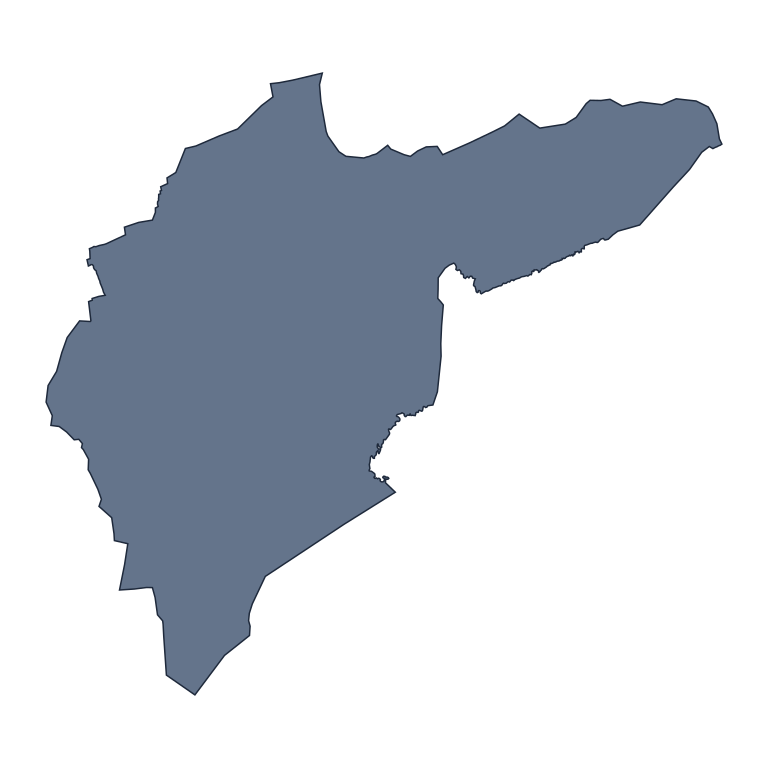 Kiyawa, Jigawa, Nigeria (Equal Earth projection)
{"feature_id": "59680162B95265909286240", "entity_name": "Kiyawa", "entity_type": "district", "adm_level": 2, "iso_a3": "NGA", "parent_name": "Nigeria", "parent_adm1": "Jigawa", "projection": "equal_earth", "projection_center": [9.668, 11.797], "detail": "fine", "context": "isolated", "style": "filled", "palette": "slate", "viewbox_px": 768, "rotation_deg": 0, "n_neighbors": 0, "source": "geoboundaries", "source_scale": "gbopen_adm2", "svg_char_len": 6066}
<svg xmlns="http://www.w3.org/2000/svg" viewBox="0 0 768 768"><path d="M395.3,492.2L385.5,482.8L385.6,479.5L385.9,479.0L386.6,479.3L388.0,479.2L388.8,478.4L388.4,477.7L387.6,477.2L385.6,477.0L385.0,476.4L383.8,476.2L383.0,476.8L382.8,477.4L383.2,478.0L384.2,478.3L384.5,479.0L383.9,481.2L383.0,481.8L381.9,481.9L381.2,481.7L380.5,481.3L380.1,480.5L380.4,479.7L380.1,479.1L379.2,478.4L378.3,478.3L377.6,478.8L376.2,477.9L375.5,478.4L374.7,478.3L374.0,477.5L374.2,476.8L375.0,476.5L374.9,474.5L374.6,473.6L371.5,471.3L369.3,471.0L369.1,470.2L369.9,468.6L369.3,464.5L370.0,461.9L370.1,460.5L370.3,459.4L370.5,457.1L371.5,455.8L372.2,456.1L372.7,457.6L373.1,458.1L373.9,458.4L374.4,458.3L374.5,458.0L374.3,456.9L374.4,456.5L375.7,455.4L376.1,454.8L376.3,454.2L376.4,452.4L376.5,452.0L377.6,450.8L377.9,450.7L378.1,451.0L378.1,451.9L378.4,453.1L378.7,453.5L379.1,453.5L380.4,450.4L380.6,449.1L380.3,448.7L378.8,449.2L378.2,448.8L378.0,448.1L377.4,447.5L377.2,446.5L377.3,444.9L377.7,444.0L378.0,444.0L378.8,446.3L380.4,447.4L381.4,447.6L381.7,447.2L381.6,444.8L381.9,444.2L382.6,443.8L383.1,443.1L383.4,441.9L383.5,439.9L384.2,439.4L385.1,439.8L385.6,439.6L389.0,434.9L389.5,433.9L389.6,433.0L388.8,431.1L388.5,429.6L388.6,429.1L389.1,428.9L390.2,429.5L391.0,429.1L393.0,426.4L394.2,425.6L395.7,425.1L395.8,424.7L395.3,423.5L395.3,422.7L395.5,422.2L396.6,421.4L397.3,421.2L398.1,421.5L398.9,421.3L399.5,420.9L399.9,420.0L399.9,419.1L399.6,418.3L398.4,417.0L397.7,416.6L396.9,416.5L396.5,416.0L396.6,415.4L397.3,414.5L401.1,413.5L401.9,412.8L402.4,412.9L404.2,414.1L404.3,415.6L405.2,416.6L405.8,416.6L407.0,415.4L407.5,415.1L409.3,415.3L409.7,414.2L410.1,414.0L410.4,415.0L410.9,415.4L411.3,415.5L411.9,415.2L415.2,415.6L415.7,414.0L415.8,412.9L416.5,412.3L418.1,412.4L418.4,412.1L418.5,411.1L418.8,410.6L419.2,410.3L421.8,411.2L422.3,410.9L422.6,410.3L423.2,407.0L423.7,406.5L424.6,406.6L425.5,407.5L426.8,407.2L427.9,405.7L432.9,405.0L437.4,391.8L441.1,356.2L440.8,343.6L441.6,325.7L443.3,305.0L440.8,301.8L437.8,298.5L438.1,289.0L438.2,277.8L445.0,268.3L449.3,265.1L453.8,263.1L455.3,264.4L456.4,266.9L455.9,269.4L457.4,270.5L459.4,269.8L460.8,271.3L461.0,273.7L463.0,274.2L463.5,275.5L463.7,277.5L465.4,278.4L467.2,276.5L468.9,277.9L470.3,276.2L471.8,276.3L472.6,278.1L475.3,278.8L474.3,281.1L473.5,285.1L474.0,286.0L475.0,286.5L475.9,289.7L476.2,291.6L477.2,292.6L478.1,292.2L478.4,290.8L479.0,290.5L479.5,290.7L480.0,291.0L480.3,291.5L480.2,292.4L480.6,293.3L481.3,293.8L485.7,291.2L486.4,291.0L487.0,291.2L488.6,290.8L491.7,289.0L493.1,287.9L495.0,287.6L499.1,285.9L500.9,285.8L501.8,285.3L503.0,283.5L503.6,283.2L504.4,283.5L505.7,283.3L506.5,283.1L507.4,282.1L508.7,281.7L509.6,282.0L511.2,280.1L512.5,280.2L513.0,280.0L513.7,280.6L514.1,280.3L514.3,279.9L514.8,279.6L516.7,278.8L519.6,278.0L521.5,276.8L524.1,276.4L526.7,275.6L527.9,276.1L529.9,274.5L531.3,274.7L531.9,273.0L531.7,271.9L532.0,271.4L532.7,271.0L533.4,271.5L533.8,271.4L533.9,270.3L534.2,269.8L534.7,270.1L536.6,269.7L537.2,270.3L537.5,270.2L538.4,270.9L538.8,271.5L538.6,271.9L538.6,272.2L538.9,272.4L540.0,271.5L540.3,270.9L541.4,269.9L541.9,268.9L542.4,268.6L543.6,268.8L546.4,267.0L547.6,265.8L548.1,265.8L549.1,265.1L549.8,265.0L550.1,264.8L550.4,263.6L550.7,263.4L551.3,263.6L553.2,262.8L553.8,262.4L554.0,262.1L554.7,262.3L556.4,261.7L557.1,261.2L559.1,261.0L560.4,260.1L560.8,260.3L562.0,259.7L562.1,259.4L562.2,258.6L562.7,258.9L563.4,258.2L564.3,258.5L565.2,258.2L565.5,257.7L566.7,256.7L568.7,256.0L569.4,255.3L569.9,255.7L570.6,255.7L570.8,255.4L571.8,254.8L572.6,254.9L572.5,255.8L572.9,255.9L573.3,255.1L573.6,254.9L573.7,254.3L574.4,254.6L574.8,254.2L574.9,253.8L575.0,252.9L574.9,252.2L575.1,251.8L575.5,251.9L575.5,252.6L576.2,251.9L577.9,251.4L578.1,251.8L578.8,252.1L579.1,252.8L579.4,252.7L579.7,251.9L580.0,251.7L580.4,251.6L581.1,252.0L581.4,251.8L581.4,251.3L581.3,249.3L582.3,248.4L584.1,248.9L584.3,248.4L584.2,246.8L584.3,246.2L584.7,245.5L585.1,245.3L586.8,244.9L590.5,243.4L592.4,243.2L593.7,242.6L595.7,242.1L597.1,242.5L597.7,242.4L598.3,241.9L600.7,239.3L602.5,238.6L603.5,238.5L604.5,239.9L605.3,240.0L608.3,239.2L612.8,234.9L617.8,231.2L639.7,225.0L673.1,187.2L689.5,169.5L701.7,152.3L709.3,146.5L712.9,148.6L715.2,147.4L717.1,146.7L718.8,145.7L720.0,145.4L721.9,144.1L719.4,138.9L716.9,123.8L712.5,113.9L708.3,107.0L696.1,101.0L676.2,98.8L662.1,104.7L640.3,102.0L622.5,106.2L610.0,99.3L601.0,100.5L590.1,100.3L586.2,103.6L576.2,117.4L565.3,124.1L539.8,128.1L519.1,114.1L504.6,125.9L492.6,131.9L469.3,143.0L442.7,154.7L437.2,146.4L426.2,146.9L417.6,151.0L410.4,156.4L404.1,154.7L390.8,149.1L387.7,145.3L377.0,153.5L375.6,154.2L372.3,155.1L369.0,156.5L366.6,157.0L363.9,158.0L345.9,156.3L338.9,151.7L327.9,136.1L326.2,131.5L320.9,101.7L319.5,84.6L322.3,73.1L292.4,80.2L279.3,82.7L270.5,83.7L273.0,96.9L261.5,105.6L237.6,129.0L219.3,135.9L195.9,146.0L185.4,148.5L175.8,172.5L167.0,177.9L167.6,183.6L160.7,186.7L161.5,190.5L160.1,191.0L160.5,193.8L158.7,194.4L158.7,197.2L158.5,198.6L158.6,200.3L157.6,201.8L157.5,204.1L158.2,206.4L156.5,207.5L155.4,208.0L155.4,212.4L152.4,220.1L138.7,222.4L124.4,227.2L125.5,234.8L106.4,243.7L104.4,244.4L99.3,245.5L95.9,246.7L93.9,246.5L92.3,247.5L89.4,248.7L89.8,251.2L90.1,258.6L87.0,259.7L88.4,266.0L90.0,265.3L90.9,264.6L92.4,264.7L93.4,265.9L93.6,267.8L94.6,269.6L96.1,270.7L96.7,273.4L98.1,276.5L98.6,278.4L99.8,281.0L100.1,282.8L102.6,288.9L103.5,292.2L105.2,295.3L98.8,296.4L92.1,298.5L92.3,300.2L88.6,301.6L90.9,320.8L90.2,321.5L79.6,320.9L67.2,337.5L61.8,352.7L56.6,371.4L48.1,385.5L46.1,402.1L52.3,415.7L50.9,425.4L59.2,426.5L66.6,432.0L74.2,439.8L78.8,439.3L82.4,443.6L81.5,447.6L83.3,449.6L88.6,459.2L88.2,469.8L90.3,473.4L97.9,489.3L101.4,499.3L99.0,506.4L111.7,517.7L114.0,533.7L114.4,540.6L127.8,543.7L124.6,564.5L119.5,590.0L134.6,589.0L146.5,587.5L152.4,587.6L155.1,597.5L157.5,614.8L162.7,620.9L163.1,624.4L163.7,635.6L166.4,675.1L194.9,694.9L224.5,655.4L249.5,635.5L250.1,626.2L248.6,620.7L249.3,613.4L252.3,603.9L265.3,576.4L344.0,524.3L395.3,492.2Z" fill="#64748b" stroke="#1e293b" stroke-width="1.5"/></svg>